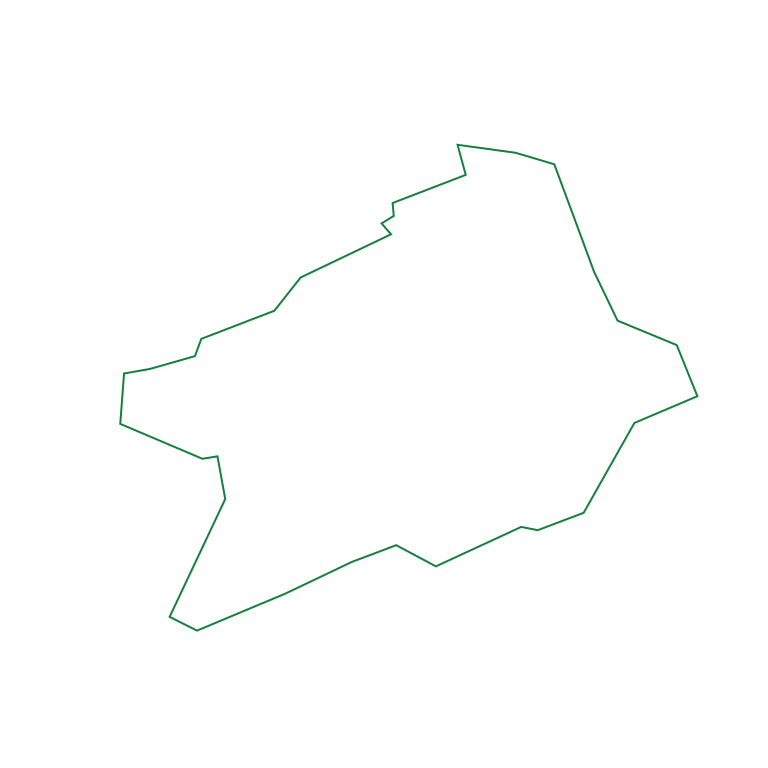 Kurbin, Lezhë, Albania (Equal Earth projection), rotated 338°
{"feature_id": "67620474B66777869203493", "entity_name": "Kurbin", "entity_type": "district", "adm_level": 2, "iso_a3": "ALB", "parent_name": "Albania", "parent_adm1": "Lezhë", "projection": "equal_earth", "projection_center": [19.688, 41.625], "detail": "fine", "context": "isolated", "style": "outline", "palette": "green", "viewbox_px": 768, "rotation_deg": 338, "n_neighbors": 0, "source": "geoboundaries", "source_scale": "gbopen_adm2", "svg_char_len": 585}
<svg xmlns="http://www.w3.org/2000/svg" viewBox="0 0 768 768"><g transform="rotate(338 384 384)"><path d="M146.9,276.9L124.5,322.2L187.6,385.3L202.5,388.7L193.7,431.2L98.0,519.6L118.2,542.6L213.8,541.4L287.5,536.9L334.9,538.0L363.8,572.5L457.7,567.9L471.7,577.1L520.9,578.2L601.6,513.9L670.0,512.7L670.0,457.6L624.3,412.8L621.6,370.9L620.8,358.9L622.2,312.7L624.2,244.1L592.6,218.9L541.8,189.8L538.1,220.7L459.8,219.4L456.0,231.8L441.9,234.2L446.6,247.8L346.6,254.0L309.8,275.0L231.5,273.7L219.2,287.3L173.0,282.4L146.9,276.9Z" fill="none" stroke="#15803d" stroke-width="2"/></g></svg>